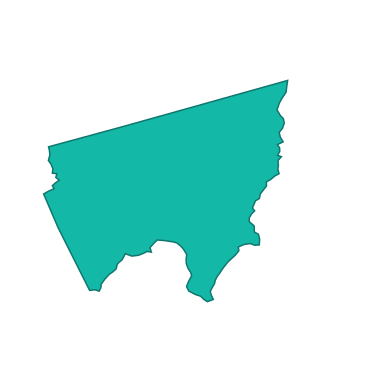 the district of São Domingos do Cariri, Paraíba, Brazil, rotated 63°
{"feature_id": "56859067B21904800653931", "entity_name": "São Domingos do Cariri", "entity_type": "district", "adm_level": 2, "iso_a3": "BRA", "parent_name": "Brazil", "parent_adm1": "Paraíba", "projection": "natural_earth1", "projection_center": [-36.372, -7.576], "detail": "fine", "context": "isolated", "style": "filled", "palette": "teal", "viewbox_px": 384, "rotation_deg": 63, "n_neighbors": 0, "source": "geoboundaries", "source_scale": "gbopen_adm2", "svg_char_len": 1540}
<svg xmlns="http://www.w3.org/2000/svg" viewBox="0 0 384 384"><g transform="rotate(63 192 192)"><path d="M297.4,221.8L292.3,221.6L288.8,220.8L286.1,217.0L283.9,213.6L281.0,211.1L278.6,207.7L276.8,204.0L273.8,198.7L270.7,191.9L269.4,187.5L268.0,182.3L265.6,176.9L262.0,175.7L262.4,169.4L264.4,163.5L267.9,160.3L269.7,156.1L264.9,153.2L259.8,152.0L255.9,154.6L250.4,152.0L244.5,154.4L241.1,152.8L238.5,148.7L237.2,144.7L233.7,145.4L231.2,142.5L228.6,139.3L228.4,134.9L224.8,132.1L222.4,127.1L220.5,122.9L216.9,121.3L216.5,116.0L215.4,111.3L215.2,106.1L210.7,105.2L207.4,102.9L203.0,101.1L201.1,96.3L198.1,99.1L195.7,95.4L192.5,93.9L188.5,94.4L188.7,88.0L183.2,88.4L178.5,87.3L176.3,82.5L172.5,78.5L168.2,77.3L164.3,78.5L157.4,79.0L152.6,74.0L149.2,69.0L145.8,62.9L140.9,59.6L136.0,56.1L102.3,224.0L86.6,299.3L90.2,300.2L94.4,301.8L98.8,305.7L102.8,305.0L108.2,305.4L111.9,307.9L114.3,304.1L117.2,306.7L121.3,305.0L121.9,309.6L122.9,313.5L126.4,313.4L126.1,319.4L126.4,325.1L162.9,327.5L233.2,327.9L235.0,322.9L238.2,319.8L235.9,316.6L232.9,314.8L230.2,309.4L227.8,303.2L227.2,298.7L226.1,294.6L222.2,291.1L220.5,284.7L216.7,279.5L221.8,274.7L224.1,268.4L224.6,263.1L224.6,259.0L227.1,255.5L222.5,254.7L220.3,249.1L219.0,244.7L221.1,241.3L223.3,237.8L225.6,234.7L228.0,231.3L230.6,228.6L234.5,226.8L238.7,225.6L245.3,225.1L249.3,227.8L253.2,229.6L258.7,230.2L262.8,229.7L266.4,230.3L270.1,235.6L273.7,239.8L278.7,239.9L284.8,235.6L288.8,231.6L292.9,230.3L296.7,228.1L297.4,221.8Z" fill="#14b8a6" stroke="#0f766e" stroke-width="1.5"/></g></svg>